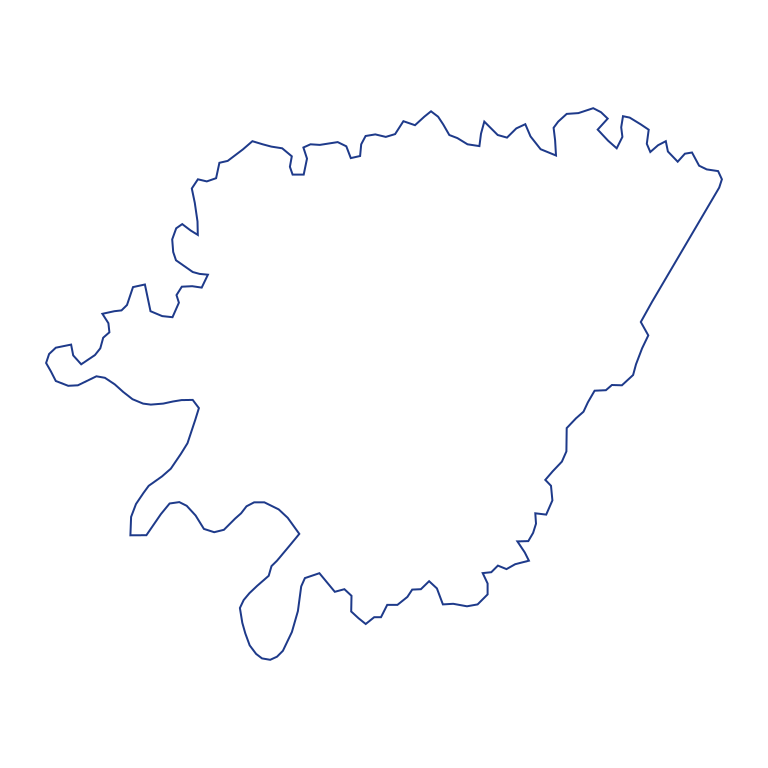 the district of Borrazópolis, Paraná, Brazil
{"feature_id": "56859067B75650491699958", "entity_name": "Borrazópolis", "entity_type": "district", "adm_level": 2, "iso_a3": "BRA", "parent_name": "Brazil", "parent_adm1": "Paraná", "projection": "natural_earth1", "projection_center": [-51.611, -23.953], "detail": "fine", "context": "isolated", "style": "outline", "palette": "blue", "viewbox_px": 768, "rotation_deg": 0, "n_neighbors": 0, "source": "geoboundaries", "source_scale": "gbopen_adm2", "svg_char_len": 2911}
<svg xmlns="http://www.w3.org/2000/svg" viewBox="0 0 768 768"><path d="M601.0,112.2L593.2,108.2L578.4,113.1L566.7,113.9L558.2,121.6L553.6,127.8L555.1,140.3L556.0,155.5L540.6,149.2L530.5,136.4L525.3,124.2L516.3,128.4L507.0,137.6L497.7,135.0L484.3,121.6L481.0,133.7L479.4,146.1L467.5,144.3L457.4,138.1L449.3,135.0L443.2,124.4L438.1,116.7L431.0,111.3L424.3,116.7L415.0,125.2L403.4,121.2L395.1,134.1L385.8,136.9L375.3,134.4L365.6,136.0L361.2,144.3L360.1,156.0L350.8,158.1L346.3,146.3L337.7,142.1L319.8,144.9L310.5,144.3L303.4,147.5L307.0,158.6L303.7,174.6L292.6,174.6L289.9,166.8L291.8,156.3L282.2,148.3L271.3,146.6L262.7,144.3L252.4,141.2L242.9,149.4L227.7,160.9L219.4,162.8L216.1,178.2L206.8,181.4L197.9,179.3L191.8,188.5L194.8,202.9L197.5,221.5L197.8,234.9L190.8,230.6L182.2,224.1L176.2,228.3L172.2,239.4L173.2,252.0L176.0,260.3L192.7,272.0L199.6,273.9L207.9,274.7L201.7,287.6L192.2,286.2L181.8,286.7L176.5,295.1L178.9,302.7L172.5,317.2L162.2,316.1L150.5,311.2L144.9,284.5L133.0,287.1L127.0,305.0L121.5,310.4L114.4,311.2L102.4,313.8L108.4,323.2L109.4,332.3L103.2,337.7L100.3,348.3L95.0,355.0L81.2,364.3L73.2,355.4L71.1,344.6L55.8,347.7L49.1,354.0L46.1,363.0L50.9,371.4L55.8,381.0L68.2,385.8L77.9,385.3L96.4,376.3L104.9,377.8L114.8,384.4L123.4,392.1L132.5,399.2L143.1,403.6L150.8,404.6L163.2,403.6L172.9,401.5L181.5,400.1L192.7,399.9L198.9,408.1L195.3,419.7L187.5,443.2L180.8,454.0L170.8,468.7L162.0,476.4L148.7,485.8L143.5,492.9L136.0,504.0L131.1,516.9L130.4,535.3L146.4,535.2L160.9,514.1L169.6,503.5L179.3,502.1L186.7,505.8L195.6,515.5L203.9,528.9L214.2,532.2L223.9,529.8L235.1,518.6L241.1,513.3L246.5,506.3L254.2,502.3L264.3,502.3L278.7,509.4L287.7,517.8L299.3,533.9L288.9,546.5L277.0,560.7L271.5,566.1L268.7,575.8L257.2,585.8L249.4,593.2L243.7,600.0L239.9,608.0L242.3,622.8L245.3,633.4L249.7,645.4L256.1,653.9L262.0,658.4L270.2,659.8L277.0,656.7L282.9,650.8L291.9,632.0L297.9,611.1L301.2,586.4L304.9,578.1L319.4,573.2L334.8,591.8L344.4,589.2L351.5,595.8L351.2,611.5L358.6,618.3L365.7,624.0L374.2,617.2L381.0,617.2L387.2,604.9L397.4,604.9L407.4,596.9L412.2,589.6L420.9,589.2L429.1,581.2L436.9,588.4L442.9,604.4L453.2,603.8L467.0,606.3L477.6,604.4L487.6,594.4L487.6,583.5L482.7,573.1L491.3,572.2L497.9,565.6L506.5,569.1L515.2,564.2L528.9,560.7L524.8,552.5L517.4,541.4L528.3,541.1L533.1,532.9L536.0,523.7L535.3,513.3L546.2,514.6L552.4,500.4L551.0,485.8L545.3,479.9L552.6,471.4L561.9,461.6L566.4,451.4L566.7,428.1L576.0,418.3L583.5,411.7L587.9,402.3L594.6,390.7L605.9,390.2L611.9,385.0L621.9,385.3L633.1,375.0L636.0,364.3L642.1,348.3L648.3,335.4L640.8,322.0L652.0,301.9L719.2,187.6L721.9,179.3L718.1,171.1L706.7,169.4L699.1,165.7L692.0,152.5L684.9,153.7L677.7,161.7L667.9,151.5L665.8,141.2L658.1,145.2L650.3,152.0L646.8,143.8L648.7,129.7L640.8,124.4L629.7,117.6L623.0,116.2L621.2,127.3L622.4,136.9L616.7,148.3L608.1,140.7L597.7,129.6L607.7,118.6L601.0,112.2Z" fill="none" stroke="#1e3a8a" stroke-width="2"/></svg>